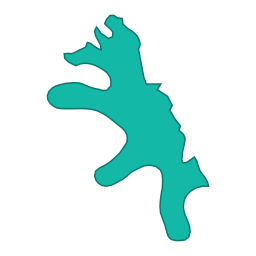 outline of Alto Bela Vista, Santa Catarina, Brazil
{"feature_id": "56859067B70732496229175", "entity_name": "Alto Bela Vista", "entity_type": "district", "adm_level": 2, "iso_a3": "BRA", "parent_name": "Brazil", "parent_adm1": "Santa Catarina", "projection": "albers", "projection_center": [-51.932, -27.427], "detail": "fine", "context": "isolated", "style": "filled", "palette": "teal", "viewbox_px": 256, "rotation_deg": 0, "n_neighbors": 0, "source": "geoboundaries", "source_scale": "gbopen_adm2", "svg_char_len": 2188}
<svg xmlns="http://www.w3.org/2000/svg" viewBox="0 0 256 256"><path d="M122.3,18.5L117.5,17.9L113.8,15.4L110.1,15.5L106.6,19.2L104.7,23.7L107.2,26.2L110.0,28.6L112.9,32.1L112.5,36.7L108.5,38.5L105.2,36.1L101.0,33.4L99.1,30.5L96.5,27.0L94.5,31.2L95.9,36.4L98.4,41.0L100.7,45.4L101.0,49.9L97.7,48.5L93.2,45.5L90.7,43.4L87.4,42.5L85.5,47.3L79.7,49.9L75.0,52.4L71.6,53.7L68.2,53.4L64.2,53.7L64.8,58.5L68.6,62.1L75.8,65.7L80.0,64.0L84.2,63.2L89.2,63.6L93.5,64.7L97.4,66.4L102.0,69.0L106.8,72.4L110.0,77.1L111.0,81.4L110.7,86.1L106.8,90.4L102.0,90.4L98.2,89.2L95.0,88.7L89.6,87.0L83.4,84.4L79.1,83.0L74.0,82.7L68.8,83.1L65.1,83.5L59.8,84.8L55.8,86.1L52.5,87.9L49.0,91.3L47.4,95.8L47.9,99.8L50.5,103.8L54.0,106.5L57.0,107.9L60.3,108.5L64.5,108.7L69.4,108.7L72.9,108.7L77.5,108.6L85.0,108.6L91.1,109.2L97.2,110.8L101.2,112.6L104.9,114.7L108.2,116.9L112.0,119.9L117.0,124.0L122.1,128.0L125.0,131.2L126.9,134.9L127.3,138.3L126.8,142.5L124.5,146.1L122.3,149.3L119.5,153.3L115.3,157.3L112.0,160.3L108.5,163.0L104.7,165.4L99.7,167.9L95.7,171.1L94.6,176.2L96.1,180.4L98.4,183.2L101.8,185.4L106.2,186.2L111.5,185.1L115.5,183.2L119.3,181.1L123.3,178.9L126.7,176.2L130.2,173.1L132.9,171.3L136.4,169.4L140.6,167.3L144.1,165.8L147.4,165.4L150.9,165.4L156.0,166.4L160.5,170.1L162.1,173.8L162.6,178.5L162.6,183.6L162.3,188.4L161.3,193.5L160.8,197.1L160.3,201.4L160.0,206.6L160.5,212.6L162.1,217.3L163.5,221.2L165.0,225.1L166.1,229.5L167.2,233.3L168.5,236.8L171.3,239.4L175.6,240.5L179.6,240.6L185.1,239.9L188.6,237.1L190.1,232.0L189.5,226.3L188.0,222.0L186.4,218.0L185.0,214.6L183.7,210.0L183.4,205.9L183.9,201.7L185.2,198.0L187.2,194.5L189.6,192.1L192.3,190.0L196.2,187.8L202.5,186.2L208.6,186.2L207.5,182.2L205.0,177.6L201.1,172.5L199.5,169.7L198.0,165.2L196.8,160.9L194.2,157.0L191.2,159.4L186.7,162.4L182.8,163.0L181.7,159.4L182.3,155.2L182.6,151.4L183.6,147.3L184.7,141.8L185.1,138.0L183.4,134.3L178.9,130.2L180.5,126.1L174.2,118.0L171.5,113.0L169.7,109.9L172.3,105.6L167.5,96.3L157.2,89.6L160.9,84.0L155.4,84.0L146.2,84.0L143.8,77.1L138.5,49.3L140.3,44.3L139.0,39.8L137.1,35.9L134.6,33.3L131.4,30.8L128.5,28.9L125.6,26.9L122.9,24.0L122.3,18.5Z" fill="#14b8a6" stroke="#0f766e" stroke-width="1.5"/></svg>